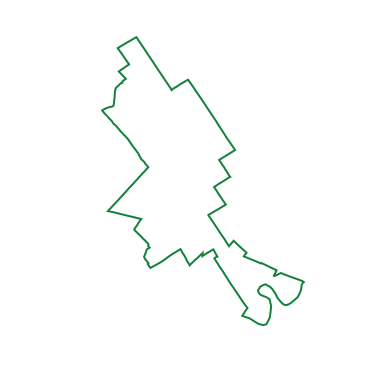 outline of Marsani, Dolj, Romania, rotated 219°
{"feature_id": "2599482B14881654766127", "entity_name": "Marsani", "entity_type": "district", "adm_level": 2, "iso_a3": "ROU", "parent_name": "Romania", "parent_adm1": "Dolj", "projection": "natural_earth1", "projection_center": [23.99, 44.03], "detail": "fine", "context": "isolated", "style": "outline", "palette": "green", "viewbox_px": 384, "rotation_deg": 219, "n_neighbors": 0, "source": "geoboundaries", "source_scale": "gbopen_adm2", "svg_char_len": 5944}
<svg xmlns="http://www.w3.org/2000/svg" viewBox="0 0 384 384"><g transform="rotate(219 192 192)"><path d="M332.7,277.3L332.8,277.1L336.2,268.1L337.0,266.1L339.4,259.6L340.3,257.0L335.8,255.8L321.2,251.6L321.2,251.4L322.1,248.6L322.7,246.7L323.1,245.2L323.8,243.1L324.7,239.6L314.7,238.3L314.8,238.1L314.8,237.7L315.2,236.0L315.6,234.4L315.6,234.1L315.6,233.9L315.5,233.7L315.5,232.9L315.0,232.8L315.2,232.5L315.4,232.1L315.5,231.9L315.7,231.7L315.8,231.5L315.8,231.3L315.9,230.5L316.0,229.8L316.1,228.6L316.4,227.2L316.5,226.1L316.6,225.3L316.6,225.1L316.5,224.8L316.4,224.4L315.9,223.6L315.9,223.4L315.9,223.1L315.9,222.8L315.7,222.5L315.5,222.2L312.6,218.1L311.0,215.8L310.8,215.2L310.4,214.7L309.5,213.3L308.8,212.2L308.3,211.5L307.9,210.7L307.5,209.8L307.3,209.4L307.3,209.1L307.5,208.8L308.3,207.6L309.5,206.0L310.8,204.2L311.2,203.5L312.1,201.6L312.6,200.4L313.1,199.2L313.1,198.9L312.4,198.7L311.9,198.6L310.5,198.3L310.2,198.2L309.6,198.1L309.4,198.0L309.1,198.0L308.0,197.8L307.5,197.8L305.5,197.6L302.6,197.1L300.1,196.8L299.4,196.7L298.8,196.6L298.4,196.5L297.4,196.2L296.6,195.8L296.0,195.7L295.6,195.6L294.9,195.7L294.2,195.7L293.1,195.7L291.5,195.4L287.5,194.6L284.9,194.1L284.1,194.1L283.3,194.0L281.4,193.6L280.3,193.5L279.4,193.5L276.8,193.1L275.9,193.0L275.5,192.9L275.0,192.7L274.5,192.7L274.0,192.4L270.8,191.5L269.7,191.2L268.9,190.9L268.2,190.7L267.7,190.5L267.3,190.4L266.9,190.4L266.3,190.3L265.9,190.2L265.1,189.9L264.2,189.7L263.0,189.5L262.3,189.3L261.9,189.2L261.4,189.0L261.0,188.9L260.3,188.7L259.5,188.5L258.2,188.2L257.8,188.1L257.4,187.9L256.9,187.6L256.4,187.3L255.9,187.1L255.6,187.0L255.2,186.9L254.7,186.7L253.0,186.0L252.3,185.7L252.1,185.6L251.7,185.5L251.4,185.5L250.1,185.5L249.5,185.4L249.1,185.4L248.8,185.4L248.4,185.3L247.6,185.2L246.9,184.9L246.2,184.6L245.3,184.4L244.6,184.4L244.0,184.3L243.0,184.1L242.1,183.8L241.6,183.8L241.6,183.5L241.5,183.1L241.6,182.7L241.6,182.1L241.7,181.5L241.8,181.0L241.9,177.8L241.9,177.2L242.1,176.2L242.2,174.7L242.2,173.5L242.3,171.5L242.5,168.6L242.5,167.9L242.5,167.4L242.5,167.2L242.6,166.7L242.7,165.7L242.7,165.0L242.8,164.6L242.8,164.0L242.8,162.8L243.4,155.5L243.3,155.1L243.4,154.5L243.5,153.6L243.5,152.9L243.5,152.2L243.5,151.5L243.5,151.0L243.6,150.5L243.6,149.9L243.8,148.5L243.8,147.0L243.9,146.1L243.8,145.9L243.8,145.7L243.9,145.0L244.0,144.8L244.0,144.6L244.0,144.1L244.1,142.7L244.2,139.9L244.2,139.2L244.3,138.6L244.4,137.4L244.5,136.3L244.6,135.3L245.3,124.3L244.2,124.8L240.2,126.9L232.3,130.6L229.1,132.1L224.5,134.3L222.5,135.3L221.3,135.8L220.4,136.3L219.2,136.8L217.4,137.7L216.7,138.1L216.2,138.2L215.4,138.6L214.5,139.1L214.4,137.8L214.4,137.2L214.3,135.6L214.1,134.6L214.1,134.1L214.1,133.8L214.0,133.4L213.7,131.1L213.7,130.2L213.5,127.3L213.4,126.7L213.0,126.3L212.4,126.2L209.1,125.9L204.5,125.4L199.5,124.9L198.6,124.8L197.3,124.7L196.2,124.5L195.4,124.4L193.8,124.2L193.4,124.2L193.1,124.1L192.9,123.9L192.7,123.5L192.5,123.0L192.2,122.6L191.6,122.4L190.9,122.3L189.9,122.1L190.0,121.6L190.5,120.5L190.8,119.9L190.9,119.4L190.9,119.0L190.8,118.5L190.0,116.3L189.3,114.4L188.5,111.7L188.4,111.5L188.1,111.2L186.3,110.4L185.8,110.3L184.7,110.1L181.4,109.4L181.2,109.3L180.9,109.1L180.9,108.9L181.0,108.6L181.1,108.2L180.6,108.0L178.1,107.2L176.6,106.7L176.2,107.6L175.6,109.2L174.0,113.0L173.0,115.4L172.4,117.0L172.0,118.3L171.6,119.4L171.0,121.4L170.3,123.8L169.6,126.6L169.1,128.4L168.3,131.2L165.0,140.3L163.9,139.9L162.5,139.4L161.7,139.1L161.0,138.7L160.6,138.6L159.9,138.4L158.6,138.0L156.7,137.3L153.6,135.9L151.5,135.0L149.4,134.3L148.8,134.1L148.4,134.0L147.9,133.6L147.7,133.5L147.6,134.8L147.5,135.5L147.4,136.8L147.1,139.0L147.0,139.9L146.9,140.3L146.8,140.6L146.9,141.0L146.8,141.3L146.8,142.0L146.6,142.6L146.4,142.8L146.3,143.3L146.1,145.3L145.8,147.7L145.7,149.0L145.5,149.7L145.3,150.5L145.3,151.2L143.5,148.9L143.3,149.8L140.9,156.6L139.4,160.8L138.3,160.5L134.9,159.0L131.6,157.8L132.1,156.8L132.4,156.2L132.6,155.6L132.7,155.2L132.8,154.4L130.6,153.7L128.3,153.0L125.8,152.1L122.0,150.9L119.6,150.2L112.1,147.7L107.4,146.1L104.2,145.0L101.1,144.1L97.6,143.1L94.4,142.1L91.2,141.1L83.5,138.7L80.3,137.8L75.9,136.8L75.8,136.0L75.8,134.8L75.5,132.1L75.0,127.4L70.8,128.8L68.6,129.9L65.5,130.3L60.6,130.9L57.1,131.4L52.6,133.5L51.0,136.3L52.4,142.9L54.1,146.0L58.7,153.2L61.2,155.0L64.2,157.5L67.9,157.1L72.0,155.8L73.9,155.2L76.6,155.6L78.7,156.9L79.4,161.0L78.9,162.8L76.9,166.5L71.7,167.4L68.4,167.1L63.2,165.5L58.6,163.4L55.1,162.7L51.8,162.2L49.3,162.4L47.4,163.5L46.4,165.2L45.4,167.5L44.1,174.1L43.7,177.1L44.4,180.2L44.9,182.5L46.6,186.1L48.3,188.8L48.8,191.2L48.4,192.3L50.0,192.3L54.9,190.7L61.2,188.4L68.2,186.1L71.9,185.0L73.1,182.6L74.1,180.5L75.1,178.4L75.7,178.4L75.9,179.6L76.4,182.2L77.0,184.4L82.4,183.1L87.9,181.8L90.5,181.2L93.6,180.4L93.6,179.8L97.5,178.7L111.2,174.6L111.4,176.8L111.4,177.9L111.4,179.1L119.4,179.6L124.2,179.9L127.9,180.2L129.0,180.3L129.0,179.4L129.0,178.6L129.0,177.1L129.1,174.3L129.1,173.2L131.8,174.0L137.0,175.8L139.8,176.6L146.5,178.6L150.4,179.9L156.2,181.7L159.4,182.7L163.4,183.9L164.8,184.4L164.1,186.3L162.7,190.2L161.3,193.8L160.3,196.6L159.0,200.1L158.1,202.5L157.8,203.5L160.2,204.2L169.5,207.0L172.7,208.1L176.1,209.2L178.0,209.8L177.3,211.7L176.8,213.8L176.0,215.8L174.9,219.0L174.3,220.8L173.3,223.6L172.6,226.0L172.0,227.7L171.9,227.8L173.3,228.2L175.1,228.7L175.9,229.0L177.1,229.5L180.9,230.7L182.0,231.2L184.9,232.0L187.6,232.9L191.1,234.0L184.9,251.7L185.4,251.9L193.1,254.2L199.3,256.0L202.8,257.2L206.3,258.4L212.6,260.4L218.4,262.4L231.0,266.3L235.7,267.8L239.1,268.9L251.4,272.6L259.6,275.1L264.0,276.3L265.0,276.6L265.6,276.8L265.8,276.8L268.6,269.3L269.3,267.2L269.9,265.1L271.0,262.3L271.7,260.0L271.9,258.4L272.8,258.7L273.8,259.1L275.6,259.6L278.5,260.6L282.8,261.8L285.9,262.8L291.7,264.6L299.7,267.1L303.8,268.4L311.6,270.8L320.5,273.6L325.7,275.2L330.0,276.5L331.5,277.0L332.7,277.3Z" fill="none" stroke="#15803d" stroke-width="2"/></g></svg>